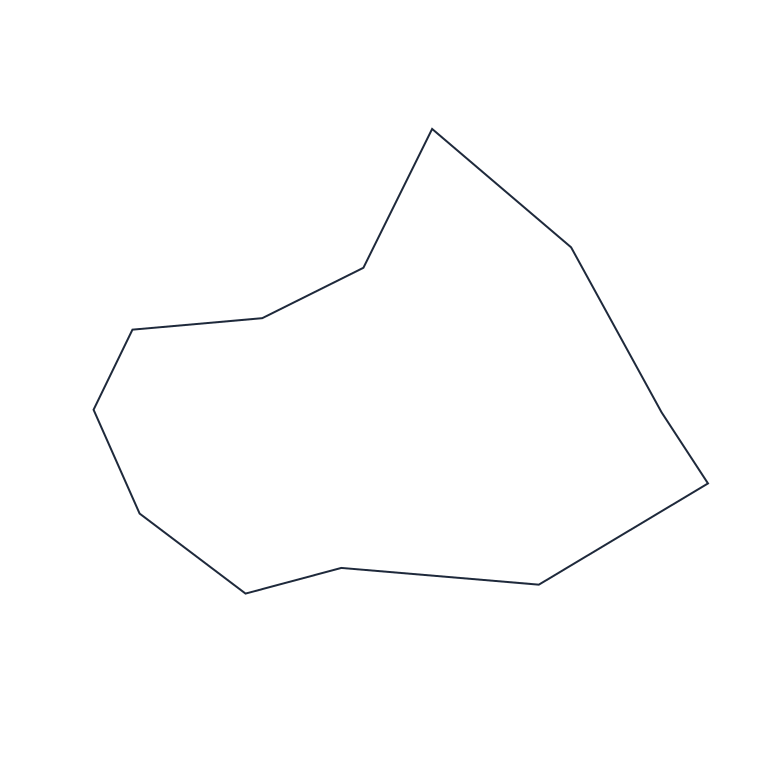 Salford, Natural Earth projection, rotated 165°
{"feature_id": "GBR-5676", "entity_name": "Salford", "entity_type": "Metropolitan Borough", "adm_level": 1, "iso_a3": "GBR", "parent_name": "United Kingdom", "parent_adm1": "", "projection": "natural_earth1", "projection_center": [-2.406, 53.486], "detail": "fine", "context": "isolated", "style": "outline", "palette": "slate", "viewbox_px": 768, "rotation_deg": 165, "n_neighbors": 0, "source": "natural_earth", "source_scale": "10m", "svg_char_len": 321}
<svg xmlns="http://www.w3.org/2000/svg" viewBox="0 0 768 768"><g transform="rotate(165 384 384)"><path d="M167.9,467.6L123.2,284.7L96.8,204.1L286.4,150.1L472.9,217.4L572.0,217.4L653.6,322.1L671.2,434.3L612.9,501.6L484.6,479.1L373.8,501.6L271.5,617.9L167.9,467.6Z" fill="none" stroke="#1e293b" stroke-width="2"/></g></svg>